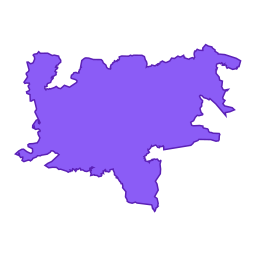 outline of Cuayuca de Andrade, Puebla, Mexico
{"feature_id": "50627088B9044190088910", "entity_name": "Cuayuca de Andrade", "entity_type": "district", "adm_level": 2, "iso_a3": "MEX", "parent_name": "Mexico", "parent_adm1": "Puebla", "projection": "orthographic", "projection_center": [-98.207, 18.433], "detail": "fine", "context": "isolated", "style": "filled", "palette": "violet", "viewbox_px": 256, "rotation_deg": 0, "n_neighbors": 0, "source": "geoboundaries", "source_scale": "gbopen_adm2", "svg_char_len": 5671}
<svg xmlns="http://www.w3.org/2000/svg" viewBox="0 0 256 256"><path d="M26.3,73.2L26.2,74.1L27.3,76.0L27.5,77.1L24.0,82.2L24.9,83.4L26.6,83.0L29.3,83.2L29.5,84.3L28.2,85.8L28.2,86.5L29.6,89.4L29.2,90.6L26.5,91.8L26.7,92.5L26.9,93.4L30.0,94.6L30.3,101.0L31.3,101.1L33.3,99.9L34.4,99.9L36.5,108.7L36.3,110.0L35.5,110.6L34.9,112.0L40.1,122.7L39.4,123.7L38.6,123.3L38.4,121.7L39.0,120.5L38.0,119.6L36.3,120.2L32.7,125.4L32.6,127.7L33.8,128.3L34.2,126.9L34.7,128.8L35.7,129.4L38.5,128.8L39.9,130.1L40.2,130.9L39.8,131.5L38.6,131.4L37.9,132.4L38.2,134.5L39.9,137.8L38.8,140.5L37.3,142.8L33.0,143.6L29.3,143.8L27.9,144.8L28.2,146.6L32.4,148.7L32.7,151.8L31.6,153.3L30.5,153.4L26.9,151.7L23.6,149.2L21.8,149.3L18.7,151.0L15.4,154.0L18.4,155.3L18.9,153.2L19.3,153.3L19.5,155.8L20.6,157.5L22.7,157.1L22.8,158.1L22.0,160.4L23.9,161.6L28.3,160.1L29.7,160.3L30.4,160.9L32.4,159.4L32.8,158.4L36.4,157.0L37.5,155.7L40.5,155.8L41.3,155.2L47.2,154.2L50.3,152.2L51.2,150.8L53.0,151.0L54.7,152.2L55.3,153.1L57.3,153.2L59.0,154.7L51.7,161.5L47.9,163.3L45.0,165.4L48.7,167.8L52.5,167.3L56.5,167.4L58.8,169.4L60.6,169.2L66.7,171.2L68.2,172.2L70.1,171.3L70.7,171.5L71.1,171.0L70.5,170.2L72.4,170.7L72.7,168.8L73.8,169.2L75.7,171.4L76.2,170.7L75.8,169.2L76.7,168.8L77.7,169.6L79.9,168.2L80.4,168.5L80.7,170.0L82.8,169.9L84.8,171.2L86.9,171.5L89.8,170.3L89.8,168.3L91.0,167.9L92.0,166.9L93.3,167.5L92.4,167.7L92.2,168.3L90.9,168.8L90.8,169.6L91.3,170.4L90.4,171.8L91.2,173.5L90.7,175.5L94.2,174.7L94.5,175.2L97.4,175.5L98.6,176.7L101.3,176.1L101.9,174.9L101.1,173.9L103.0,172.9L103.5,173.3L103.2,171.1L103.9,171.1L105.2,169.6L105.8,170.3L105.6,171.5L107.5,171.5L108.4,172.0L109.7,171.5L110.1,169.7L113.2,169.1L113.2,170.2L114.4,172.7L114.5,174.8L117.4,177.3L116.5,177.8L117.9,178.4L119.8,181.5L120.3,181.5L121.2,183.7L122.3,183.6L122.8,186.1L122.6,187.7L125.9,191.7L125.5,196.9L127.1,199.7L127.2,201.3L128.9,202.4L132.2,203.2L135.4,202.1L136.9,203.0L151.5,204.8L151.9,205.2L152.5,208.3L152.9,208.9L153.2,208.7L154.6,211.4L155.2,210.8L156.1,207.8L156.9,207.5L158.1,206.2L157.6,206.0L158.2,203.5L157.1,198.5L154.6,196.7L158.2,190.1L157.0,184.0L155.4,181.2L160.3,173.8L160.6,169.1L160.0,164.0L160.9,160.8L160.7,160.5L159.8,161.2L158.6,160.8L157.4,159.1L155.5,159.4L154.4,159.0L152.6,159.4L153.2,159.7L152.7,160.2L148.7,161.1L149.7,161.6L149.3,162.5L149.0,161.9L145.4,160.9L145.0,160.2L145.5,159.3L144.3,158.3L144.8,157.8L144.0,156.7L144.7,156.5L145.2,155.5L146.1,155.4L146.9,153.8L148.3,153.2L149.4,152.2L148.1,150.6L148.0,149.5L148.7,149.8L150.4,148.2L151.5,145.9L151.8,146.6L155.5,145.1L156.4,145.5L157.6,147.3L159.4,147.7L160.1,146.8L159.7,146.3L162.0,146.6L163.1,145.8L163.7,146.7L163.8,149.7L190.9,145.3L192.9,143.5L193.8,142.1L197.9,140.5L198.9,139.4L210.8,139.6L216.0,141.2L218.5,140.8L219.1,139.7L219.3,136.0L219.8,134.4L219.2,133.5L213.0,133.2L211.4,132.5L209.6,132.4L208.6,131.3L208.3,129.8L207.6,128.9L203.5,128.0L203.0,127.6L202.9,126.1L199.7,125.5L193.3,125.8L191.7,125.3L190.7,122.3L193.6,120.7L195.3,117.3L197.3,115.3L199.0,115.7L202.5,114.8L202.8,114.1L201.1,112.4L200.0,108.8L200.4,107.6L201.7,106.2L201.6,103.2L202.4,102.6L202.6,100.6L201.1,99.2L200.1,97.6L199.5,96.1L200.3,95.3L202.0,95.7L203.9,97.7L206.8,98.5L209.0,99.8L209.9,98.6L215.8,103.9L225.8,115.7L225.3,112.6L230.0,111.7L234.5,109.8L232.2,107.7L224.6,105.9L222.9,103.7L225.0,100.4L223.2,99.3L222.7,97.5L225.5,91.0L227.2,90.7L228.3,89.4L226.0,89.8L226.0,90.3L223.2,89.8L221.5,86.3L221.9,85.7L222.4,81.1L219.6,80.1L219.1,77.0L216.1,73.4L216.1,69.5L216.7,69.7L217.3,67.9L216.9,67.9L216.3,66.3L216.6,64.3L217.2,63.9L219.5,63.2L220.5,63.7L221.7,62.8L222.5,63.5L222.1,65.1L222.6,65.3L224.5,64.0L224.2,65.2L225.6,65.0L226.5,65.5L226.2,66.6L227.1,68.2L228.3,67.5L232.7,69.4L235.8,68.7L236.7,69.0L237.1,68.4L236.4,68.1L236.9,67.3L237.5,67.5L238.4,66.5L239.0,66.6L240.6,60.8L236.2,58.3L224.8,54.6L218.2,54.0L218.0,53.2L215.0,51.3L215.1,50.0L212.5,48.1L211.9,46.9L208.4,46.1L205.7,44.6L202.8,48.0L202.8,50.4L199.5,50.3L197.2,49.3L195.9,51.0L195.0,51.0L195.1,51.6L194.4,52.0L194.1,54.1L194.7,57.4L193.9,58.5L193.9,59.5L193.4,58.0L192.3,57.6L189.5,58.7L189.0,59.3L184.4,57.8L184.6,57.1L184.0,56.8L183.6,55.3L180.8,56.9L179.7,56.9L177.9,56.1L174.5,58.5L171.6,58.1L169.8,60.9L166.6,62.4L165.2,62.5L162.3,61.0L161.4,61.8L160.3,62.1L159.6,63.9L158.5,63.6L157.9,63.8L158.1,64.8L157.5,65.3L156.8,64.6L155.0,65.9L151.7,65.0L150.8,66.3L149.1,66.4L148.4,66.8L147.2,66.6L146.4,67.1L147.0,63.9L146.5,61.7L145.3,59.8L144.4,56.6L142.0,55.3L133.7,55.2L132.0,55.8L130.5,55.2L128.5,56.2L121.7,56.0L119.2,56.9L119.4,59.1L118.6,60.2L117.8,59.7L117.0,61.2L116.6,60.8L115.6,61.5L114.5,60.8L114.0,62.3L112.9,62.7L112.7,63.7L111.1,64.8L110.3,67.3L110.8,68.0L110.5,69.0L108.2,68.7L106.7,67.5L105.9,65.1L103.3,62.9L102.4,60.7L101.1,59.6L93.3,59.5L88.7,58.1L85.8,57.9L84.5,58.3L81.8,60.5L80.6,66.9L81.2,67.2L80.3,68.1L80.2,69.3L79.3,70.0L79.4,70.6L78.7,71.6L79.0,72.8L77.3,73.1L76.0,72.4L73.9,72.7L72.9,74.3L71.5,75.2L71.0,77.5L71.3,78.3L75.5,79.6L76.9,80.6L76.9,81.9L76.4,82.6L69.5,87.2L64.4,85.3L60.7,88.6L58.5,88.2L56.2,86.4L54.5,87.5L50.5,88.9L49.6,88.6L48.7,89.3L47.7,88.9L46.3,89.0L45.9,89.8L44.8,88.5L44.8,86.5L46.1,86.7L47.1,86.2L46.8,85.2L47.5,83.6L50.6,82.4L51.3,80.3L53.1,78.4L53.1,78.0L51.4,77.8L52.3,76.4L53.3,76.9L54.1,75.8L56.1,74.7L56.0,72.8L56.5,72.2L55.0,71.5L55.8,69.6L57.4,68.6L57.7,67.3L57.0,66.9L56.4,67.5L55.5,67.2L56.5,65.4L58.2,64.8L58.8,63.7L60.7,62.2L60.7,60.2L59.1,57.8L58.6,56.1L54.3,55.1L52.2,55.5L47.7,53.2L40.3,53.3L38.7,51.7L37.1,53.7L34.2,54.2L33.3,54.9L33.2,55.4L34.3,56.5L34.7,59.0L33.2,62.6L32.2,63.3L30.4,63.7L28.1,62.0L27.0,62.2L29.1,70.0L28.5,71.4L26.3,73.2Z" fill="#8b5cf6" stroke="#5b21b6" stroke-width="1.5"/></svg>